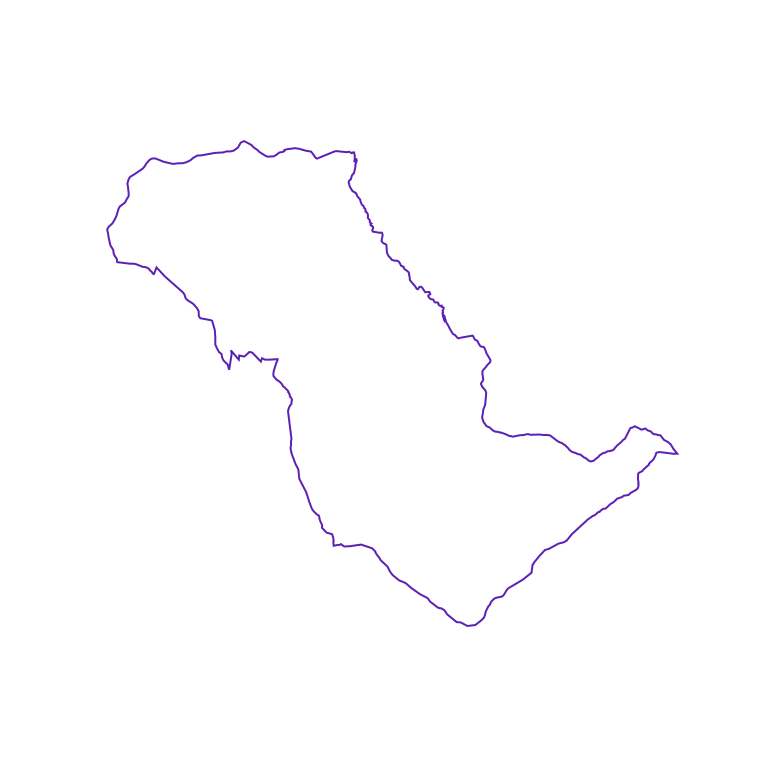 Bilbor, Harghita, Romania (Albers equal-area conic projection), rotated 11°
{"feature_id": "2599482B34783893075805", "entity_name": "Bilbor", "entity_type": "district", "adm_level": 2, "iso_a3": "ROU", "parent_name": "Romania", "parent_adm1": "Harghita", "projection": "albers", "projection_center": [25.478, 47.092], "detail": "fine", "context": "isolated", "style": "outline", "palette": "violet", "viewbox_px": 768, "rotation_deg": 11, "n_neighbors": 0, "source": "geoboundaries", "source_scale": "gbopen_adm2", "svg_char_len": 6136}
<svg xmlns="http://www.w3.org/2000/svg" viewBox="0 0 768 768"><g transform="rotate(11 384 384)"><path d="M685.2,396.4L680.4,392.4L677.0,388.6L673.9,386.8L669.4,385.4L665.2,381.7L662.6,381.8L661.0,381.5L658.1,381.8L654.7,379.6L651.6,379.2L649.0,377.8L646.6,379.3L645.2,379.6L638.3,377.6L636.3,379.3L634.7,379.9L634.1,380.8L631.0,391.7L629.2,393.5L628.0,395.6L624.4,400.1L621.7,404.9L620.8,405.7L619.2,406.2L618.8,406.6L615.9,407.6L614.2,409.3L612.5,409.8L609.4,412.7L608.2,414.8L604.2,419.5L601.7,420.6L599.6,420.1L596.1,418.3L594.0,417.8L590.4,415.8L587.5,415.8L585.5,415.2L581.7,414.8L578.9,413.5L576.8,411.7L573.5,409.6L569.6,408.0L567.5,407.7L565.1,406.9L556.8,402.8L553.8,402.9L550.2,403.7L546.4,403.9L537.6,405.9L534.9,405.7L533.1,406.3L531.1,407.4L527.0,408.4L520.4,411.2L519.0,410.9L516.9,411.1L512.7,410.0L507.8,409.3L506.9,409.6L505.6,409.2L502.3,409.5L499.7,408.8L496.0,406.5L492.8,405.9L488.8,402.1L488.1,400.5L487.1,399.1L486.7,397.9L486.6,392.5L486.3,390.4L487.1,386.4L487.2,384.2L486.0,373.1L484.9,371.2L480.9,367.9L479.1,365.4L479.2,364.6L480.4,361.7L480.5,360.4L478.9,356.0L478.2,352.9L478.7,351.3L480.9,347.7L481.6,346.0L484.2,342.0L483.9,340.2L478.6,334.1L476.7,330.8L475.0,328.7L472.2,328.7L471.3,328.4L469.2,326.3L468.0,324.4L467.0,323.7L464.7,323.1L462.0,319.7L460.9,319.9L451.0,323.7L448.7,324.9L447.3,324.6L444.4,322.4L442.1,321.7L438.0,317.2L436.9,315.6L433.4,311.6L431.4,308.0L431.2,310.3L431.0,310.1L428.8,305.8L430.0,305.6L427.9,303.6L427.8,303.2L428.3,302.3L427.5,300.9L428.1,299.2L428.1,298.2L427.8,297.5L426.0,297.4L425.7,296.1L424.1,296.5L422.8,296.1L422.3,295.6L422.1,294.5L421.7,294.0L420.6,293.8L418.8,294.2L417.4,293.4L416.3,291.7L413.4,291.7L411.7,290.5L410.8,289.6L410.6,288.5L412.3,286.9L411.0,285.0L406.9,286.0L402.8,281.9L401.8,281.5L400.3,281.9L399.2,284.5L397.9,284.3L396.1,282.3L389.6,277.1L388.6,273.7L387.7,272.0L387.6,270.7L386.5,269.3L381.8,267.0L381.2,266.2L380.9,265.2L378.3,264.7L375.6,261.4L374.9,260.9L373.1,260.5L371.0,260.9L368.4,260.7L367.5,260.3L365.9,258.6L364.6,258.1L362.4,255.5L361.8,254.4L359.8,247.0L359.0,246.5L356.2,245.8L354.2,244.0L354.3,238.5L353.9,237.1L353.3,236.1L352.8,235.8L350.8,236.4L344.0,236.5L343.1,235.3L343.6,232.9L343.3,232.0L342.5,231.3L342.2,231.5L341.0,230.9L340.4,230.3L340.3,229.9L340.8,229.2L340.3,229.2L340.1,228.2L339.6,228.2L339.1,227.7L339.0,226.6L338.1,225.2L336.9,224.4L336.3,223.6L336.3,222.3L335.7,220.4L334.4,218.9L332.8,218.1L332.8,217.0L332.1,215.5L330.8,214.9L329.9,213.2L328.1,212.2L326.2,209.5L325.4,207.5L321.7,204.5L320.8,202.8L319.7,201.8L319.5,202.0L318.2,201.2L316.4,200.8L312.7,196.7L310.9,192.9L310.8,191.8L311.0,191.1L312.3,189.6L312.8,185.1L314.3,182.5L314.5,176.7L314.1,174.3L314.6,169.9L314.0,168.6L313.6,168.7L313.6,170.9L313.1,171.3L312.4,171.0L312.4,168.9L311.7,165.1L310.7,163.4L310.5,162.4L309.0,162.7L308.7,163.3L308.1,163.6L305.7,162.7L302.7,163.6L292.6,164.5L291.0,165.2L275.3,175.5L274.1,175.2L272.9,174.3L270.9,172.2L268.1,169.8L262.5,169.9L255.6,169.3L251.7,169.5L244.7,171.8L241.7,173.2L241.4,173.7L241.7,174.5L241.1,175.1L236.9,176.9L234.6,179.7L232.2,181.6L226.5,183.0L224.6,182.8L217.2,179.9L215.4,178.6L210.7,176.5L208.3,174.7L200.6,172.3L198.3,173.5L197.2,174.7L195.5,179.8L191.9,183.6L188.9,185.0L185.4,185.6L181.8,187.4L174.3,189.3L160.8,194.5L157.3,195.3L153.6,198.4L151.3,201.3L149.9,202.4L147.7,204.0L144.5,205.6L138.4,207.0L135.9,208.0L133.8,208.2L125.5,207.9L116.4,206.2L113.4,206.9L112.2,207.7L110.7,209.3L108.6,213.1L107.3,216.5L105.9,218.8L98.5,226.2L95.7,228.7L94.8,229.9L94.2,232.2L93.9,236.3L95.3,240.0L97.0,245.6L97.5,248.6L96.2,251.5L95.4,254.7L94.8,255.7L91.0,259.9L90.5,261.0L90.0,262.6L89.3,270.0L88.2,274.2L87.0,277.6L86.1,279.1L83.8,282.1L82.8,284.8L83.3,286.6L84.4,288.7L85.2,291.4L88.7,299.5L89.2,300.4L92.5,303.9L94.1,308.3L97.9,312.4L98.9,315.3L111.5,314.4L115.8,313.6L118.3,313.8L125.1,315.1L126.6,314.8L129.4,315.0L131.3,315.9L133.1,317.4L134.8,318.4L136.0,319.8L137.2,319.9L138.5,313.0L148.5,320.3L169.4,332.6L171.1,334.3L172.7,337.3L174.1,338.7L181.5,341.8L185.6,344.9L188.1,347.7L189.3,352.7L191.1,354.5L202.0,354.4L203.3,354.9L207.6,363.3L209.5,370.4L210.9,377.5L212.8,380.3L215.9,384.1L218.8,385.6L219.9,388.7L221.9,391.4L223.9,392.9L226.7,394.5L229.3,399.6L228.7,383.1L227.3,380.2L236.8,387.8L236.5,383.6L241.3,383.8L242.4,382.8L245.8,378.2L248.7,378.3L258.8,385.5L259.4,382.0L262.4,382.8L267.3,381.9L274.8,379.9L275.0,380.6L274.2,383.9L273.3,392.4L273.5,395.5L274.1,397.4L278.0,400.5L279.1,400.7L282.2,402.3L284.3,404.1L285.3,405.6L286.3,405.8L291.5,409.4L291.5,410.3L292.6,411.2L292.9,412.0L293.7,412.9L294.0,414.3L295.4,415.2L296.8,417.1L296.6,418.8L296.9,421.1L295.9,423.0L295.3,425.3L294.9,428.8L303.6,455.4L303.7,458.3L304.5,462.0L304.4,464.6L306.5,469.8L312.4,479.4L316.2,484.2L319.0,493.3L328.3,505.1L333.5,514.6L337.0,520.2L339.0,522.2L343.0,524.9L344.9,525.5L345.5,526.1L346.5,528.8L347.8,531.1L350.3,534.5L350.5,537.0L356.1,540.9L361.6,541.3L363.3,544.1L364.6,547.9L364.3,548.4L365.5,552.4L369.3,550.8L371.2,550.4L372.3,549.4L375.9,551.1L380.9,549.9L392.2,546.0L403.6,547.5L407.4,550.0L408.1,551.5L411.3,554.5L411.9,554.7L414.5,557.7L422.2,562.5L425.8,567.1L428.9,569.9L436.1,573.8L443.2,575.3L449.6,579.0L459.3,583.4L466.8,585.6L468.3,586.4L470.6,588.7L479.1,593.0L481.3,593.5L482.6,593.2L486.5,594.5L490.0,598.1L500.9,603.9L504.7,603.4L512.0,605.6L519.6,603.2L524.8,597.2L526.7,594.3L527.2,591.6L527.3,587.9L528.8,582.5L530.1,580.4L530.7,577.4L532.8,574.1L534.4,572.7L540.6,570.0L542.0,567.9L544.0,562.3L545.2,560.6L557.5,549.7L564.8,541.1L564.3,532.9L565.1,532.0L565.3,530.7L569.8,522.4L573.8,516.1L577.3,514.4L585.7,507.4L590.8,505.0L593.1,503.0L597.1,495.5L610.0,478.0L614.4,473.4L615.7,472.8L617.9,470.1L618.3,469.2L620.1,468.3L620.6,467.2L622.7,464.9L625.4,463.9L629.2,458.6L632.1,456.0L634.8,452.0L639.1,449.6L640.7,447.9L645.2,446.3L647.0,443.8L652.2,439.3L653.2,437.2L653.1,433.8L652.5,433.3L652.6,431.8L651.6,429.4L650.6,424.0L651.1,422.6L654.1,420.3L655.0,418.5L659.4,412.7L659.4,411.7L659.9,410.6L662.1,407.9L663.1,406.0L664.1,402.6L664.4,399.8L664.7,399.3L667.7,398.2L681.9,397.2L685.2,396.4Z" fill="none" stroke="#5b21b6" stroke-width="2"/></g></svg>